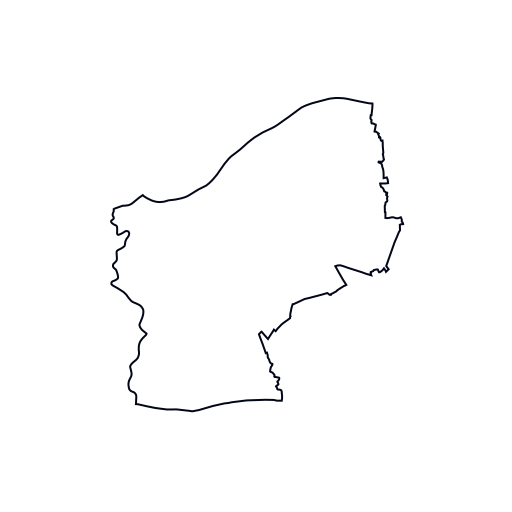 the district of Lap Vo, Can Tho, Vietnam, rotated 320°
{"feature_id": "81297802B77463595408425", "entity_name": "Lap Vo", "entity_type": "district", "adm_level": 2, "iso_a3": "VNM", "parent_name": "Vietnam", "parent_adm1": "Can Tho", "projection": "albers", "projection_center": [105.607, 10.357], "detail": "fine", "context": "isolated", "style": "outline", "palette": "ink", "viewbox_px": 512, "rotation_deg": 320, "n_neighbors": 0, "source": "geoboundaries", "source_scale": "gbopen_adm2", "svg_char_len": 6095}
<svg xmlns="http://www.w3.org/2000/svg" viewBox="0 0 512 512"><g transform="rotate(320 256 256)"><path d="M68.8,292.3L70.3,293.7L75.5,300.6L81.1,307.6L86.3,313.3L89.3,316.5L96.6,322.5L106.1,332.5L107.2,333.9L113.2,337.3L126.6,343.2L137.0,348.6L140.6,351.0L143.2,352.3L147.5,355.1L156.0,360.6L170.8,372.2L177.1,377.7L179.0,380.2L182.7,383.4L184.4,381.9L185.7,380.4L188.7,376.1L188.9,375.2L188.9,374.6L188.2,373.6L186.9,372.3L186.8,371.5L187.5,370.0L187.5,368.8L188.1,368.6L189.9,368.8L190.8,368.6L191.3,367.3L191.3,366.6L191.5,366.1L191.9,365.8L192.7,365.9L193.6,365.7L194.5,365.3L195.2,364.7L195.4,364.2L195.4,363.9L194.4,362.8L193.5,361.5L192.6,360.8L192.5,360.3L192.8,359.7L193.6,359.2L193.8,358.4L193.7,357.4L193.7,356.0L193.5,355.5L192.6,353.9L192.7,353.3L195.2,351.2L196.3,350.6L197.8,350.2L198.8,349.7L199.2,349.1L198.6,348.3L198.4,347.4L198.4,346.4L198.7,345.4L199.4,343.9L199.7,342.7L199.7,341.7L200.0,340.9L200.8,340.1L201.4,339.0L202.3,337.1L201.6,336.7L201.1,336.6L204.6,327.4L206.6,321.5L208.0,317.8L210.6,317.5L211.6,317.6L211.8,327.3L215.8,326.0L220.2,324.7L222.4,323.9L222.7,326.2L225.8,325.5L231.5,324.9L233.3,324.9L242.1,325.5L242.8,324.7L243.7,324.4L244.0,323.4L245.8,321.8L248.0,320.1L249.8,318.6L252.5,316.9L253.0,316.5L253.3,316.6L253.5,316.9L256.2,317.7L265.6,320.2L269.9,322.4L280.7,327.5L285.4,329.6L286.7,330.1L286.9,330.4L287.3,332.4L287.5,333.1L288.0,333.6L288.4,333.9L289.2,333.4L290.7,333.9L292.4,334.2L294.8,334.7L296.0,334.5L299.0,334.8L304.1,335.5L305.5,336.0L306.6,336.2L307.4,330.0L308.6,323.2L310.2,314.8L312.2,315.6L314.5,317.2L316.1,319.5L319.0,324.4L326.6,336.4L328.8,340.2L331.9,344.9L332.7,342.8L333.3,342.8L333.6,342.1L335.0,342.5L336.0,342.9L337.3,342.5L340.0,344.0L340.6,344.6L339.8,347.5L340.2,347.9L341.6,348.2L343.9,348.2L346.1,347.7L345.8,350.6L345.4,351.7L349.1,351.4L349.3,347.4L371.1,334.5L375.9,332.1L381.1,329.4L382.3,329.1L382.8,328.9L386.2,324.6L387.1,324.7L387.8,325.1L388.7,325.8L389.2,326.1L389.6,325.4L389.8,324.6L389.8,323.7L390.0,323.0L390.8,322.2L391.2,321.6L391.8,319.4L390.6,319.0L388.9,318.3L388.0,317.5L387.2,316.4L386.3,315.0L385.2,313.8L382.3,312.3L380.8,311.3L379.6,310.0L383.2,305.8L382.9,305.3L386.9,300.3L387.6,300.1L389.7,298.3L391.7,298.4L392.5,297.6L393.4,296.0L395.0,295.0L394.9,293.0L395.0,292.9L395.5,293.1L395.8,293.1L396.1,292.8L396.1,292.3L396.9,292.2L397.1,292.0L397.2,291.8L397.0,291.5L396.2,291.3L396.3,289.6L395.8,288.9L396.7,286.7L396.7,286.2L396.8,285.0L396.7,284.5L396.3,283.8L396.3,283.2L396.7,282.4L396.9,281.5L397.5,280.8L397.7,280.3L398.3,280.6L398.8,281.2L401.9,283.7L404.0,285.1L405.1,283.6L405.9,282.2L406.7,279.9L403.8,278.4L406.3,275.4L408.0,273.1L409.1,271.3L410.2,268.5L410.9,267.6L411.2,266.4L411.3,265.3L410.1,263.2L410.2,262.8L410.7,262.6L410.9,262.8L413.2,264.9L414.2,264.8L416.0,264.4L416.8,262.7L418.1,260.6L418.5,259.6L419.5,259.1L420.0,258.6L423.9,253.1L426.2,250.3L426.6,249.3L427.0,249.1L427.1,248.9L426.5,248.7L426.2,248.5L426.0,248.1L426.0,247.6L426.8,246.1L427.4,245.1L427.5,244.8L427.2,244.5L426.5,244.5L426.5,244.2L427.5,242.8L427.8,241.4L428.7,241.1L428.4,240.2L427.9,238.1L427.8,237.8L426.9,237.1L426.8,236.9L427.0,236.6L427.3,236.4L432.1,232.6L432.2,232.3L431.3,230.8L431.0,229.9L430.7,229.5L429.9,228.9L430.0,228.1L430.7,227.2L431.7,226.4L431.9,226.2L431.8,225.4L432.2,224.0L434.4,221.9L435.0,222.4L436.4,221.0L439.2,218.4L442.3,215.2L443.2,214.0L442.2,213.1L440.6,211.5L438.4,208.8L434.7,204.2L426.7,194.0L425.4,192.5L424.1,191.1L421.3,188.5L418.8,186.3L413.9,183.0L411.1,181.6L397.3,175.1L392.0,173.1L389.5,172.3L386.3,171.5L380.9,171.1L370.5,170.5L364.9,170.0L357.1,169.4L353.3,168.9L350.1,168.2L340.7,165.7L338.7,165.4L330.9,164.2L326.6,164.0L322.2,163.9L312.3,164.2L308.9,164.1L302.7,163.8L301.0,163.7L299.3,163.8L297.5,164.0L291.3,165.1L278.3,168.6L272.0,169.7L267.5,170.1L264.4,170.1L262.9,170.0L254.5,168.0L244.8,166.6L242.0,166.1L239.9,165.5L236.5,164.1L233.0,162.3L229.8,160.5L225.6,157.7L224.4,157.0L220.5,155.3L219.2,154.4L217.1,153.0L215.0,151.0L213.6,149.2L212.6,147.8L211.6,146.0L209.8,142.0L208.6,138.4L208.4,136.6L204.2,136.2L194.8,136.1L193.2,135.8L191.7,135.4L190.6,134.9L187.5,132.9L186.5,132.0L185.9,131.7L178.2,128.8L177.2,128.6L175.5,130.5L174.7,130.8L173.1,131.8L172.7,132.2L172.1,133.3L171.9,134.8L171.7,135.1L171.5,135.5L171.0,135.8L170.4,136.0L168.7,135.9L168.0,135.9L167.4,136.2L167.1,136.6L166.9,137.0L166.8,137.5L166.9,138.6L167.4,140.5L168.5,142.9L168.5,143.3L168.4,144.0L168.0,144.8L166.4,146.8L164.1,149.4L163.8,150.2L163.9,150.9L164.0,151.2L164.4,151.5L167.1,152.3L169.0,152.7L171.6,153.0L172.1,153.2L172.7,153.5L173.6,154.5L173.9,155.1L173.9,156.1L173.7,156.6L173.4,157.2L172.1,158.3L171.3,158.7L169.9,159.2L167.7,159.7L165.8,160.6L164.9,161.2L162.6,163.3L162.0,163.7L161.6,163.9L161.1,163.9L158.2,163.7L154.2,162.8L153.3,162.7L152.6,162.8L152.1,163.1L151.1,164.1L148.2,168.1L147.4,169.0L146.8,169.5L146.1,169.9L145.3,170.1L144.0,170.3L141.8,170.4L141.3,170.6L140.6,171.1L139.9,171.9L139.6,172.4L139.5,173.4L139.5,174.3L139.9,176.0L139.8,177.1L138.5,180.5L137.7,182.0L137.3,182.8L136.8,183.5L136.3,184.0L135.9,184.3L135.4,184.4L133.7,184.3L132.2,184.0L129.8,183.2L128.9,183.2L128.5,183.3L127.9,183.8L127.2,184.5L127.1,184.9L127.2,186.1L128.5,189.7L129.4,192.0L131.4,198.6L131.8,202.2L131.5,205.9L131.5,207.3L131.5,208.9L131.6,210.5L132.0,211.9L132.9,213.8L133.8,215.5L134.8,217.7L135.2,218.7L135.6,220.5L135.5,222.6L135.2,224.2L134.9,225.0L134.4,225.6L134.0,226.2L132.9,227.4L131.5,228.6L129.1,230.2L122.8,233.5L122.0,234.5L121.4,236.2L121.2,238.2L121.2,239.4L121.7,242.2L122.3,245.0L121.9,245.4L121.2,245.7L119.4,245.9L116.5,246.1L114.9,246.4L112.7,247.0L111.5,247.5L110.0,248.4L108.6,249.5L107.4,250.7L106.2,252.1L104.3,254.8L103.3,255.9L102.3,256.7L101.0,257.5L100.3,257.9L99.4,258.2L97.6,258.5L92.9,258.5L90.7,258.8L89.3,259.3L88.6,259.7L88.0,260.5L87.3,262.0L86.4,263.9L85.2,266.0L84.1,267.2L82.7,268.1L78.8,269.8L77.1,271.0L75.9,272.2L75.0,273.4L74.0,275.1L73.4,276.3L73.2,277.6L73.4,279.0L74.0,280.4L74.8,281.7L75.1,282.8L75.0,284.9L74.5,285.9L73.9,286.8L70.5,290.5L68.8,292.3Z" fill="none" stroke="#020617" stroke-width="2"/></g></svg>